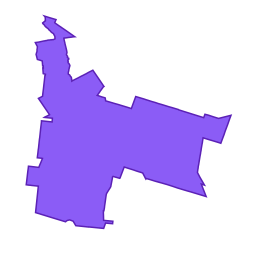 Tercero Arriba, Córdoba, Argentina, rotated 276°
{"feature_id": "61730980B38611506941533", "entity_name": "Tercero Arriba", "entity_type": "district", "adm_level": 2, "iso_a3": "ARG", "parent_name": "Argentina", "parent_adm1": "Córdoba", "projection": "equal_earth", "projection_center": [-63.538, -32.374], "detail": "fine", "context": "isolated", "style": "filled", "palette": "violet", "viewbox_px": 256, "rotation_deg": 276, "n_neighbors": 0, "source": "geoboundaries", "source_scale": "gbopen_adm2", "svg_char_len": 5345}
<svg xmlns="http://www.w3.org/2000/svg" viewBox="0 0 256 256"><g transform="rotate(276 128 128)"><path d="M151.4,229.1L147.0,217.1L147.1,216.5L148.1,211.5L149.2,206.5L149.7,203.1L146.2,202.2L147.5,195.7L150.1,182.7L151.0,178.3L151.3,176.7L151.6,176.4L152.9,169.6L153.5,166.0L154.0,163.6L154.9,159.0L155.5,155.5L156.2,152.5L156.8,149.0L157.7,144.7L158.0,143.1L158.5,141.0L158.7,139.9L159.0,138.3L159.3,136.7L160.1,132.4L147.7,129.3L148.6,124.9L150.0,117.6L150.4,115.6L150.8,113.1L152.2,105.5L152.7,102.9L154.8,102.4L155.6,102.1L156.2,98.7L157.1,94.8L157.2,94.0L158.3,94.6L159.3,95.2L160.5,95.9L161.9,96.6L163.2,97.4L164.6,98.2L166.7,99.4L166.8,99.7L170.5,96.6L174.4,93.3L181.8,87.0L179.1,82.8L177.5,80.6L176.5,79.0L175.8,78.0L174.9,76.5L173.9,75.0L172.6,73.1L170.2,69.3L169.7,68.6L168.8,67.3L169.4,67.3L169.7,67.2L170.0,66.9L170.3,67.0L170.7,66.8L171.0,66.8L171.2,66.7L171.7,66.5L172.1,66.5L172.6,66.3L172.9,66.0L173.2,65.4L173.4,65.3L173.9,65.0L174.1,64.8L174.3,64.7L174.6,64.5L174.8,64.2L174.9,63.8L175.4,63.0L175.7,62.9L176.0,62.9L176.7,62.9L177.2,62.8L177.9,62.9L178.5,63.1L179.0,63.1L179.6,63.0L180.0,63.1L180.5,63.2L181.1,63.3L181.6,63.3L182.2,63.4L182.6,63.5L182.8,63.5L183.4,63.6L183.6,63.7L183.9,63.7L184.3,63.6L184.5,63.4L184.8,63.3L185.0,63.2L185.4,62.8L185.7,62.7L186.0,62.5L186.1,62.3L186.3,62.1L186.4,61.9L186.6,61.7L186.9,61.6L187.1,61.5L187.3,61.5L187.6,61.4L187.8,61.4L188.0,61.6L188.3,61.6L188.6,61.3L188.6,61.2L188.8,61.1L189.1,61.2L189.3,61.2L189.6,61.2L189.8,61.3L189.9,61.5L190.0,61.6L190.1,61.8L190.3,61.9L190.5,61.9L190.8,61.7L191.1,61.7L191.2,61.3L191.3,61.1L191.4,60.9L191.5,60.8L191.7,60.7L191.8,60.7L192.0,60.6L192.0,60.4L192.5,60.4L192.8,60.4L193.0,60.4L193.3,60.1L193.7,59.7L193.9,59.5L194.1,59.3L194.3,59.2L194.5,59.2L194.9,59.1L195.1,59.1L195.3,59.2L195.6,59.3L195.8,59.3L196.2,59.3L196.5,59.4L196.8,59.4L197.2,59.3L197.4,59.2L197.9,59.1L199.5,58.6L203.4,57.2L205.6,56.4L206.1,56.3L208.3,55.5L210.6,54.8L210.8,55.4L211.0,56.2L211.3,57.5L211.8,59.3L212.0,60.3L212.5,62.5L212.9,63.9L213.2,65.5L213.9,64.2L214.4,63.4L215.1,62.1L216.5,59.6L219.2,54.7L220.8,51.7L221.5,50.5L222.2,49.1L224.6,44.8L225.1,44.1L228.3,45.1L228.7,42.9L229.6,38.1L230.6,33.1L230.0,33.7L229.4,34.1L228.8,34.2L228.2,34.3L227.5,34.4L226.9,34.5L226.5,34.6L225.9,34.6L225.7,34.1L225.4,34.0L225.2,33.8L224.9,33.6L224.8,33.3L224.5,33.1L224.2,32.8L224.0,32.6L223.8,32.3L223.6,32.1L223.2,32.2L223.0,32.4L222.8,32.5L222.7,32.9L222.5,33.1L222.3,33.2L222.2,33.6L221.8,33.9L221.5,34.1L221.3,34.3L221.0,34.5L220.8,34.7L220.5,35.0L220.3,35.3L220.2,35.5L219.9,35.7L219.9,35.9L219.7,36.1L219.5,36.3L219.3,36.7L219.1,37.0L218.8,37.5L218.6,38.0L218.3,38.3L218.1,38.5L217.8,38.7L217.6,38.9L217.5,39.0L217.3,39.2L217.1,39.5L216.9,39.9L216.6,40.3L216.0,40.9L215.8,41.1L214.9,42.3L214.8,42.5L214.4,43.4L214.3,43.6L214.2,43.7L214.0,44.0L213.8,44.2L213.5,44.4L213.2,44.5L212.7,44.9L212.4,45.0L212.1,45.3L211.7,45.5L211.4,45.7L210.9,45.8L210.6,45.8L210.3,45.9L209.5,46.0L209.2,46.1L208.9,46.0L208.8,45.7L208.6,45.4L208.4,45.1L208.3,44.8L208.1,44.6L208.0,44.2L208.0,43.9L207.9,43.7L207.9,43.2L207.7,42.8L207.7,42.6L207.7,42.4L207.6,42.2L207.6,41.8L207.4,41.2L207.3,40.7L207.2,40.1L207.1,39.7L207.1,39.3L206.7,38.5L206.4,37.7L206.4,37.3L206.1,36.6L205.9,36.0L205.9,35.6L205.7,35.1L205.6,34.7L205.5,34.4L204.1,30.2L203.3,26.9L201.7,27.9L199.5,29.4L198.7,29.4L197.4,29.4L196.6,29.3L194.8,29.5L193.4,29.2L191.6,28.9L189.2,29.8L186.7,30.7L186.5,31.9L186.2,33.6L185.7,35.7L180.9,36.6L180.9,37.2L178.8,37.5L178.8,37.0L173.2,38.0L172.8,40.3L171.5,40.2L171.4,39.9L158.6,39.8L152.8,39.7L150.6,39.7L148.9,37.1L148.1,35.8L146.2,37.4L143.4,39.8L141.6,41.3L137.6,44.7L133.0,48.6L131.6,46.5L130.3,44.3L129.8,43.7L129.8,51.8L126.1,51.9L126.1,41.2L124.7,41.3L118.3,41.2L116.7,41.2L109.3,41.2L107.7,41.1L102.2,41.1L98.7,41.1L96.9,41.0L93.6,41.0L90.1,40.9L88.9,40.9L88.9,45.0L88.8,46.1L84.9,45.0L81.7,44.0L79.5,43.4L79.5,41.6L79.6,35.7L79.6,33.0L77.3,33.0L74.7,32.9L65.6,32.8L60.9,32.7L60.8,35.8L60.9,36.6L60.8,37.9L60.8,44.9L48.6,44.9L48.3,44.9L39.4,44.9L34.2,44.9L30.9,61.8L28.2,75.7L28.9,76.3L29.3,76.7L29.5,77.0L29.9,77.8L30.5,79.6L29.6,83.2L25.4,86.3L25.4,90.7L25.4,99.1L25.5,99.1L25.6,114.3L27.7,114.8L31.1,115.6L31.2,122.7L33.7,122.7L33.6,113.4L35.8,113.1L38.9,112.7L40.9,112.4L43.2,112.2L43.2,112.7L44.8,112.8L46.2,112.9L47.5,112.9L48.0,112.9L53.2,113.1L56.7,113.2L58.9,113.3L60.1,113.4L61.4,113.9L65.1,115.7L66.0,116.2L67.4,116.8L67.6,116.9L67.9,117.0L69.3,117.1L71.6,117.3L72.8,117.4L76.3,117.7L77.6,117.7L78.3,118.2L77.8,120.8L77.6,122.1L77.1,125.0L77.4,125.3L79.4,125.8L87.7,128.0L88.8,128.3L87.8,133.1L86.9,137.6L86.0,141.4L85.1,146.0L84.8,147.1L84.8,147.3L81.8,149.3L80.4,150.2L79.9,150.5L79.1,151.1L79.7,151.4L79.0,155.3L78.2,159.3L77.8,161.3L77.3,164.3L77.4,164.2L76.5,169.1L75.8,173.1L74.6,178.8L73.5,183.6L72.3,189.9L71.7,193.1L71.0,197.2L68.0,212.9L70.1,211.8L77.8,207.8L79.9,206.8L79.2,210.0L82.4,207.7L86.5,204.7L91.0,201.7L94.1,201.8L95.3,201.9L97.2,201.9L99.0,202.1L100.9,202.2L102.6,202.3L106.1,202.5L107.9,202.6L109.9,202.8L111.1,202.8L113.4,203.0L114.6,203.0L119.3,203.3L121.6,203.5L122.5,203.5L124.1,203.6L126.1,203.7L125.6,206.1L124.5,211.8L124.3,213.0L123.6,216.6L122.8,220.7L122.5,221.9L127.6,223.2L131.4,224.2L135.1,225.0L138.9,226.0L142.0,226.8L145.4,227.6L148.3,228.3L150.2,228.8L151.4,229.1Z" fill="#8b5cf6" stroke="#5b21b6" stroke-width="1.5"/></g></svg>